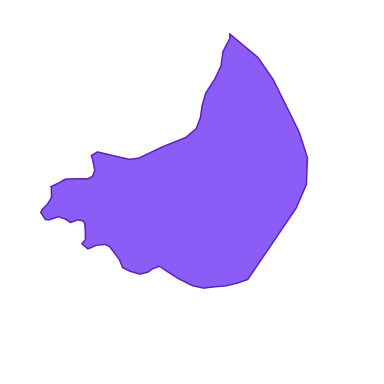 an SVG outline of Tetovo, rotated 143°
{"feature_id": "MKD-2958", "entity_name": "Tetovo", "entity_type": "Statistical Region", "adm_level": 1, "iso_a3": "MKD", "parent_name": "North Macedonia", "parent_adm1": "", "projection": "albers", "projection_center": [20.942, 42.029], "detail": "fine", "context": "isolated", "style": "filled", "palette": "violet", "viewbox_px": 384, "rotation_deg": 143, "n_neighbors": 0, "source": "natural_earth", "source_scale": "10m", "svg_char_len": 986}
<svg xmlns="http://www.w3.org/2000/svg" viewBox="0 0 384 384"><g transform="rotate(143 192 192)"><path d="M96.2,129.1L118.6,116.4L200.1,88.6L210.1,91.8L221.2,96.5L232.3,103.5L240.5,108.2L248.0,116.9L255.0,131.0L259.7,143.6L262.5,152.2L270.1,154.5L275.4,154.5L283.0,157.7L289.4,166.3L292.9,173.4L290.6,182.0L290.6,189.1L290.6,197.7L292.9,202.4L300.5,207.1L307.5,208.7L309.4,209.3L311.1,216.8L305.8,218.1L301.1,224.4L296.5,231.5L296.5,234.6L299.9,238.5L307.5,240.8L309.3,246.3L313.4,252.6L322.7,255.7L325.6,258.1L325.1,266.7L321.6,268.3L315.2,269.1L307.5,272.2L301.1,280.9L301.2,281.1L292.4,279.3L285.4,278.5L274.3,270.7L267.3,265.2L262.0,264.4L256.8,267.6L252.1,277.0L250.4,281.7L247.0,281.3L243.4,280.9L231.7,266.8L222.4,255.8L214.1,251.1L187.4,245.6L164.0,239.3L150.6,240.0L140.6,246.3L131.9,254.9L121.4,262.8L106.2,268.3L92.8,275.3L82.8,285.5L69.5,291.8L66.7,295.4L58.4,259.7L59.5,233.0L70.4,175.2L79.2,149.9L96.2,129.1Z" fill="#8b5cf6" stroke="#5b21b6" stroke-width="1.5"/></g></svg>